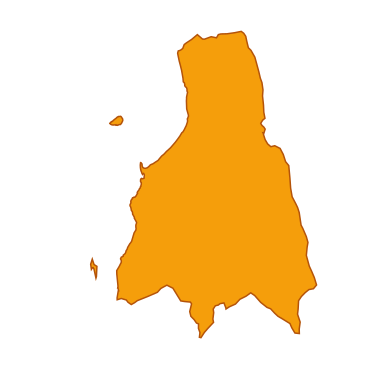 Bukoba Urban, Kagera, United Republic of Tanzania (Robinson projection), rotated 172°
{"feature_id": "72390352B77165247512892", "entity_name": "Bukoba Urban", "entity_type": "district", "adm_level": 2, "iso_a3": "TZA", "parent_name": "United Republic of Tanzania", "parent_adm1": "Kagera", "projection": "robinson", "projection_center": [31.824, -1.321], "detail": "fine", "context": "isolated", "style": "filled", "palette": "amber", "viewbox_px": 384, "rotation_deg": 172, "n_neighbors": 0, "source": "geoboundaries", "source_scale": "gbopen_adm2", "svg_char_len": 5495}
<svg xmlns="http://www.w3.org/2000/svg" viewBox="0 0 384 384"><g transform="rotate(172 192 192)"><path d="M186.0,333.6L186.9,331.5L186.8,329.0L186.7,327.4L186.5,324.6L186.4,323.2L185.9,319.1L185.5,315.0L185.4,314.6L185.4,314.4L185.3,311.8L185.1,305.8L185.3,302.3L184.6,301.5L184.4,301.3L184.3,300.2L184.2,299.2L184.4,298.4L184.2,297.8L184.1,297.5L184.0,297.3L183.1,296.3L182.9,296.0L182.7,294.9L182.7,294.0L182.9,292.7L182.5,291.4L184.2,286.7L184.4,285.2L184.8,283.2L184.9,282.9L184.9,282.5L185.7,275.0L184.9,268.9L184.9,267.6L185.6,266.5L185.8,265.9L186.5,265.0L186.4,263.6L186.6,262.9L186.7,262.1L188.6,258.3L189.2,257.5L191.0,254.8L192.5,252.9L193.4,252.3L193.9,252.0L195.5,250.0L195.8,249.6L196.3,249.0L196.5,248.8L199.2,246.0L201.7,243.5L207.2,238.7L208.4,237.9L209.1,237.4L209.5,237.1L209.8,236.9L210.8,236.3L211.6,235.7L211.8,235.6L212.5,235.0L214.3,233.5L215.1,233.0L215.2,232.9L216.3,232.3L217.2,231.7L220.2,229.0L221.2,228.0L224.9,226.3L225.3,226.1L225.8,225.8L226.3,225.6L226.8,225.4L227.4,225.1L228.2,225.1L229.7,224.5L229.8,224.4L230.4,223.8L230.6,223.7L231.3,223.2L231.9,222.8L233.0,222.2L234.8,221.9L235.4,222.1L236.3,222.3L237.1,223.0L237.4,223.3L237.7,224.9L237.7,225.6L237.6,226.3L237.6,226.5L237.7,226.9L238.2,227.8L238.3,228.0L238.6,228.2L238.7,228.3L238.8,228.3L239.2,227.0L239.5,225.7L239.5,225.2L239.6,224.9L239.6,224.1L239.7,223.6L239.7,222.7L239.7,222.3L239.7,222.1L239.7,221.2L239.5,219.8L239.2,218.8L239.1,217.9L239.1,217.7L238.8,217.3L238.6,216.4L238.5,216.5L238.3,216.6L237.9,216.8L237.3,217.1L236.9,215.9L236.9,215.0L237.0,214.7L237.3,213.6L237.3,213.3L237.4,213.0L237.4,212.7L237.5,212.7L237.6,212.4L238.0,212.3L238.2,212.2L238.4,212.1L238.9,212.0L239.4,212.1L239.7,212.3L240.0,212.5L240.3,212.3L240.7,212.1L241.0,211.9L241.1,211.6L241.2,211.4L241.2,211.0L241.3,210.7L241.5,210.1L241.5,209.8L241.5,209.6L241.3,208.9L240.9,208.5L241.0,207.7L241.2,206.4L241.4,206.1L241.6,205.7L241.7,205.4L241.9,204.6L242.4,204.3L242.7,203.2L243.0,203.0L243.6,202.6L244.0,201.7L244.5,201.2L245.1,200.6L245.9,199.8L245.9,199.7L246.4,198.8L246.3,198.7L246.1,198.2L246.4,197.9L246.7,197.5L247.1,197.0L247.4,196.7L248.1,195.7L248.4,195.6L248.9,195.3L249.2,194.8L249.8,194.8L250.6,194.9L251.2,194.4L251.7,194.5L252.2,193.8L252.3,193.6L252.5,193.1L252.9,192.8L253.3,192.5L253.4,192.3L253.9,191.4L253.9,190.6L253.9,190.4L253.9,190.2L254.2,189.6L254.3,189.2L254.7,188.7L255.2,187.9L255.3,186.9L254.8,185.6L254.7,184.4L254.6,183.4L254.7,182.6L254.6,182.3L254.3,181.6L253.9,181.0L253.8,180.2L253.8,179.7L253.8,178.9L253.9,178.4L253.4,177.1L252.6,175.0L252.8,174.2L251.1,169.7L251.4,168.6L252.1,167.3L252.2,167.0L252.4,165.7L252.5,164.8L252.4,163.9L252.9,162.1L253.6,161.3L254.0,160.8L255.0,159.6L258.7,151.5L260.1,150.0L260.4,149.7L260.6,149.6L260.8,149.4L263.4,146.1L264.3,144.2L264.6,143.9L265.3,143.2L266.0,141.6L266.1,141.4L266.6,140.6L266.7,140.4L268.4,139.3L268.9,139.0L269.1,137.9L271.1,137.3L271.2,137.2L272.1,135.7L271.6,134.2L271.6,133.8L271.7,132.8L271.8,132.4L271.8,132.2L273.5,129.8L274.3,128.6L277.5,124.6L277.9,121.1L278.4,108.9L278.6,108.3L278.9,107.4L278.6,107.4L278.6,106.9L278.4,104.3L278.8,104.3L280.9,97.6L281.1,95.7L276.9,96.4L272.1,94.2L270.7,91.7L267.8,89.0L264.2,90.4L261.3,92.0L250.0,94.8L240.2,97.5L236.3,100.8L233.5,101.9L230.2,103.1L229.8,103.2L224.3,99.4L218.3,85.7L215.7,84.9L214.7,84.6L208.9,83.2L208.0,81.3L210.9,73.9L210.4,69.0L207.7,65.4L205.8,61.6L203.9,60.5L204.6,56.1L203.7,51.7L204.9,47.1L203.4,46.5L199.3,51.2L195.3,54.7L191.2,58.0L188.8,59.9L189.0,63.2L187.3,69.5L187.3,73.1L184.7,76.1L181.6,76.4L179.9,77.5L175.8,77.7L174.6,72.5L174.6,71.4L171.0,73.1L164.5,75.0L159.5,79.1L153.0,81.3L147.9,84.0L144.3,80.7L139.3,73.1L133.8,67.3L130.4,65.4L127.0,60.5L124.1,56.9L120.3,53.9L113.3,48.1L112.1,43.7L109.7,38.0L105.4,36.9L104.9,41.3L103.0,48.1L104.5,56.3L103.2,61.3L101.6,69.5L98.2,73.3L93.9,76.6L89.8,79.1L85.2,79.3L81.6,82.6L82.8,90.3L84.5,96.6L86.2,102.3L87.6,113.3L85.7,121.2L84.2,125.9L85.0,131.9L87.4,140.7L88.6,144.0L88.7,156.8L89.6,161.9L90.9,166.0L93.5,173.3L93.8,182.0L93.1,192.2L92.5,204.7L95.1,209.0L96.4,216.5L98.7,222.9L103.6,226.3L107.6,225.9L110.4,229.1L112.3,233.7L113.2,238.9L113.0,239.4L113.5,240.8L112.5,240.5L111.9,241.8L110.8,244.1L111.9,246.4L113.4,248.1L114.4,250.4L112.0,253.3L109.5,254.8L109.8,260.9L109.1,268.2L108.8,277.3L107.5,283.2L107.5,290.5L108.5,295.2L109.1,301.8L110.1,309.8L111.0,316.8L113.9,324.1L116.1,327.0L116.8,333.9L117.1,338.7L118.7,342.0L120.9,344.2L127.7,343.8L135.4,343.8L141.4,344.5L144.0,344.2L146.3,341.3L151.4,343.1L158.4,341.6L160.3,342.0L164.8,347.1L171.2,343.1L176.7,340.5L179.2,339.1L181.2,335.4L183.7,334.0L186.0,333.6ZM257.8,268.7L257.3,268.6L256.7,268.4L256.2,268.6L255.8,268.7L255.7,268.6L254.5,268.9L253.4,268.8L252.7,269.5L252.1,270.0L252.0,270.3L251.7,270.7L251.7,270.8L251.3,271.2L250.6,272.4L250.5,273.8L250.6,274.3L250.8,274.6L251.0,275.0L251.2,275.6L251.5,276.0L251.6,276.3L251.8,276.6L252.2,276.9L252.8,276.9L253.2,276.9L253.4,276.9L254.4,277.0L254.9,276.8L254.9,276.7L255.5,276.5L255.9,276.4L256.3,276.1L256.5,275.8L257.5,275.3L259.9,273.9L260.8,273.1L261.5,272.8L261.5,273.0L262.1,272.8L262.6,272.5L262.9,272.1L263.3,271.7L263.9,271.5L263.9,271.3L263.5,270.9L263.0,270.3L262.0,269.7L261.9,269.6L260.6,269.3L259.1,269.2L258.3,269.2L258.0,269.2L258.0,268.8L257.9,268.8L257.9,268.7L257.8,268.7ZM299.8,129.4L299.1,120.1L298.4,121.6L296.5,131.6L299.1,133.8L300.1,139.4L302.4,134.6L302.4,129.4L301.1,130.9L300.4,130.9L299.8,129.4Z" fill="#f59e0b" stroke="#b45309" stroke-width="1.5"/></g></svg>